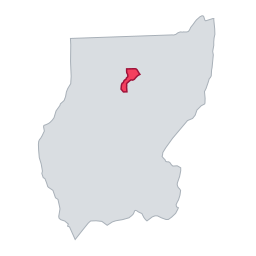 Mpigi on a map of Uganda (Natural Earth projection), rotated 178°
{"feature_id": "UGA-3078", "entity_name": "Mpigi", "entity_type": "District", "adm_level": 1, "iso_a3": "UGA", "parent_name": "Uganda", "parent_adm1": "", "projection": "natural_earth1", "projection_center": [32.214, 0.138], "detail": "fine", "context": "in_parent", "style": "filled", "palette": "rose", "viewbox_px": 256, "rotation_deg": 178, "n_neighbors": 0, "source": "natural_earth", "source_scale": "10m", "svg_char_len": 2707}
<svg xmlns="http://www.w3.org/2000/svg" viewBox="0 0 256 256"><g transform="rotate(178 128 128)"><path d="M182.4,219.5L178.7,219.5L172.8,219.5L166.9,219.5L161.0,219.5L155.1,219.5L149.1,219.5L143.2,219.5L137.3,219.5L131.4,219.5L125.5,219.5L119.6,219.5L113.6,219.5L107.7,219.5L101.8,219.5L95.9,219.5L90.0,219.5L84.1,219.5L80.6,219.5L79.9,219.4L79.4,219.3L77.1,219.8L74.8,221.4L72.4,222.2L69.8,221.9L69.4,222.1L68.1,222.0L66.2,221.9L64.4,222.3L63.1,223.8L61.8,226.4L59.3,229.3L57.4,231.8L55.8,233.7L52.1,236.7L50.1,237.6L49.1,237.4L48.5,236.9L47.4,233.0L46.6,232.4L39.5,234.4L38.4,234.4L38.5,233.2L37.9,224.1L37.9,218.6L38.8,215.1L39.3,211.1L39.4,207.6L40.7,201.6L40.2,198.0L41.9,185.3L42.4,183.3L43.0,177.2L44.1,175.3L45.0,174.6L46.3,170.8L48.6,164.8L50.3,161.7L49.9,155.0L50.2,150.4L50.5,149.4L54.0,147.7L58.5,143.5L60.4,138.5L63.1,135.3L68.4,133.3L68.4,133.2L83.8,116.2L91.0,106.9L94.1,102.2L94.3,100.5L94.9,98.3L93.6,96.6L92.1,95.0L91.6,93.5L90.3,92.8L88.5,92.8L87.2,91.8L85.9,89.7L84.5,88.4L80.1,88.5L76.7,86.4L76.8,83.5L78.1,77.8L80.6,71.3L80.8,69.5L80.4,68.0L79.8,66.7L78.6,65.4L77.6,63.8L78.4,59.1L80.0,54.5L81.3,52.3L82.6,49.7L82.3,47.6L80.4,46.5L81.4,44.5L83.4,41.0L87.4,37.5L90.8,35.2L93.1,35.2L97.6,37.0L101.7,39.2L104.0,39.3L106.7,38.4L112.3,34.5L113.7,35.8L115.3,38.1L117.1,42.0L120.6,43.8L122.3,45.1L123.5,45.4L124.2,45.1L125.6,42.0L127.2,40.4L130.2,38.2L136.8,36.6L141.5,36.0L143.5,35.7L146.9,34.7L152.2,31.5L157.4,35.6L163.1,36.4L168.6,36.4L170.2,35.1L171.2,34.2L177.0,27.5L184.7,18.4L189.9,31.2L191.7,31.9L191.5,33.0L191.0,34.1L194.4,37.2L198.6,38.8L200.1,40.4L200.3,42.1L198.8,49.5L199.1,51.7L200.5,59.1L202.9,60.8L205.2,68.3L209.6,71.5L210.3,72.4L211.3,76.1L212.7,80.1L213.7,81.0L214.4,81.2L215.7,85.5L215.0,87.9L216.0,95.1L217.7,101.5L218.1,109.3L218.1,112.7L218.1,114.7L217.7,117.7L216.9,119.4L215.5,121.0L213.9,123.6L212.5,126.4L211.7,127.8L212.3,131.9L212.2,133.0L211.8,133.6L209.8,134.2L207.2,135.3L205.6,136.4L203.4,138.5L201.6,140.8L199.3,147.6L195.3,152.8L194.7,154.5L190.9,157.7L189.3,161.5L188.3,166.2L186.8,169.6L183.7,174.3L183.0,181.6L183.1,196.3L182.3,213.0L182.4,219.5Z" fill="#d9dde1" stroke="#a8b0b8" stroke-width="1"/><path d="M127.8,170.7L128.0,168.6L127.9,167.0L127.9,166.3L127.8,164.2L131.3,164.2L133.6,167.1L133.1,170.8L132.7,172.2L132.2,173.0L131.4,173.4L130.9,173.9L130.7,174.7L130.2,175.5L129.6,176.1L128.9,176.4L128.3,176.8L127.9,177.9L127.2,178.6L126.6,179.0L126.3,179.8L126.5,181.7L127.3,183.2L127.4,185.0L127.3,187.1L118.9,187.0L117.8,186.7L116.9,185.8L115.0,182.3L114.2,181.2L116.6,179.9L118.6,178.0L119.9,176.5L121.6,175.7L123.3,176.0L124.7,175.1L126.3,173.8L127.3,173.0L127.9,172.2L127.8,170.7Z" fill="#f43f5e" stroke="#9f1239" stroke-width="1.5"/></g></svg>